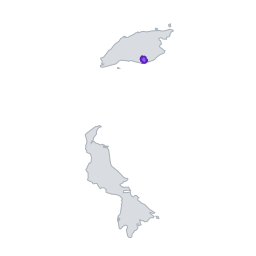 Dungun, Terengganu, Malaysia (highlighted), rotated 97°
{"feature_id": "92858781B15989569853600", "entity_name": "Dungun", "entity_type": "district", "adm_level": 2, "iso_a3": "MYS", "parent_name": "Malaysia", "parent_adm1": "Terengganu", "projection": "natural_earth1", "projection_center": [103.127, 4.682], "detail": "fine", "context": "in_parent", "style": "filled", "palette": "violet", "viewbox_px": 256, "rotation_deg": 97, "n_neighbors": 0, "source": "geoboundaries", "source_scale": "gbopen_adm2", "svg_char_len": 5033}
<svg xmlns="http://www.w3.org/2000/svg" viewBox="0 0 256 256"><g transform="rotate(97 128 128)"><path d="M217.9,127.2L216.5,126.9L214.6,125.5L212.6,125.1L207.0,125.0L206.1,124.6L205.0,125.4L203.1,124.7L201.9,124.8L200.7,125.7L198.9,124.9L198.1,126.1L196.9,126.9L195.7,130.2L195.5,134.1L195.7,136.5L195.1,137.8L194.9,140.5L194.5,141.7L192.9,142.3L192.2,141.9L190.8,143.5L190.4,144.2L190.4,146.9L191.5,147.7L191.5,148.3L189.1,150.5L187.1,151.8L186.8,152.9L187.6,155.2L187.3,156.3L186.2,156.9L185.4,159.9L184.5,161.8L184.1,162.0L182.7,161.4L177.3,162.2L175.8,163.8L174.3,164.8L173.0,163.8L172.4,163.9L167.4,162.2L167.2,160.8L166.7,160.5L161.6,160.6L158.3,162.2L157.2,166.0L155.4,166.3L154.2,167.6L152.0,167.5L150.6,167.9L148.4,167.2L146.3,167.1L139.8,169.6L137.6,167.8L131.2,161.1L130.3,159.9L130.1,157.9L129.4,157.5L129.2,156.9L129.0,156.3L130.0,154.6L131.0,156.8L132.7,158.0L135.4,158.9L138.0,158.6L141.6,160.8L142.8,161.1L144.1,161.0L146.3,162.7L147.7,162.7L145.9,161.6L145.5,160.7L145.7,159.7L146.9,158.3L147.1,156.2L148.0,154.2L148.2,153.2L147.5,152.5L147.4,151.2L147.9,149.4L149.1,150.3L150.1,150.1L150.1,146.9L150.9,145.5L152.1,144.5L164.4,141.3L166.4,140.5L167.8,139.6L172.2,132.7L177.5,126.3L178.2,124.0L178.2,122.4L178.5,122.0L179.0,121.8L180.2,122.6L180.8,123.3L181.9,126.0L182.9,126.1L184.7,128.7L185.1,129.1L185.6,128.9L186.9,127.2L187.3,126.0L187.0,125.8L187.6,124.3L187.1,123.4L186.6,120.2L189.7,117.9L189.7,120.5L190.6,124.4L192.1,124.9L192.9,124.7L192.5,123.5L192.3,121.3L191.9,119.8L190.9,117.9L193.5,117.4L195.5,115.4L195.8,114.1L194.5,113.3L194.0,112.3L194.0,111.3L196.0,108.8L196.2,109.5L197.5,109.7L198.1,109.7L199.0,108.7L199.5,107.3L201.0,105.3L201.9,102.1L205.8,97.1L208.8,91.1L209.5,91.6L209.7,93.2L209.0,96.0L210.4,95.3L212.7,91.3L214.1,92.0L214.0,93.1L214.6,95.1L218.5,97.7L219.1,100.3L218.2,101.2L218.5,103.7L218.2,104.5L216.9,105.2L220.4,104.5L222.5,103.1L223.7,105.5L221.7,106.5L222.2,107.5L224.1,106.9L225.2,106.1L226.4,106.2L228.2,107.2L228.7,107.8L229.1,109.0L230.4,109.4L233.1,111.1L235.5,111.0L236.4,111.9L236.3,114.0L235.0,115.3L230.0,117.0L228.6,117.0L226.8,116.3L225.4,116.7L224.6,118.8L226.1,120.8L228.8,122.9L229.2,123.5L228.6,124.5L222.7,126.2L221.4,126.0L219.2,125.0L217.9,127.2ZM24.8,98.1L25.5,95.1L26.4,95.0L27.3,96.7L30.5,98.0L31.4,97.6L31.9,97.9L32.3,98.3L33.2,100.6L35.2,100.6L35.4,104.3L34.5,105.7L34.4,106.7L35.8,108.4L36.7,108.0L37.4,106.5L40.7,104.9L42.1,106.6L43.3,106.6L44.2,106.0L44.9,104.0L46.2,102.5L46.7,100.7L48.7,101.1L49.4,101.6L51.5,105.5L54.4,108.3L56.5,109.8L57.7,111.3L61.3,118.5L61.7,120.8L61.9,124.3L61.3,129.7L60.7,132.3L60.8,133.6L61.7,135.5L61.4,137.3L61.5,143.0L62.6,145.1L65.7,147.6L70.2,158.5L70.9,161.6L70.5,162.8L69.7,163.1L69.0,162.5L68.6,161.0L67.5,159.8L67.6,162.0L65.7,161.7L64.4,162.0L62.8,163.5L62.0,163.6L60.6,160.8L55.5,157.7L53.7,156.8L51.7,154.4L47.2,151.8L44.4,149.2L43.2,147.6L40.3,146.2L39.0,144.6L37.8,143.7L38.5,142.0L37.9,138.9L35.8,136.1L34.8,134.2L32.9,132.2L31.4,129.8L32.3,129.1L30.8,126.5L30.3,124.6L30.3,121.0L28.7,116.0L27.4,109.0L27.6,106.6L27.3,104.0L24.8,98.1ZM212.8,88.8L212.2,89.5L212.0,87.6L212.9,86.6L214.2,86.4L214.2,88.1L213.9,88.6L212.8,88.8ZM21.8,97.8L22.6,99.2L22.0,99.9L21.6,99.7L20.7,100.4L19.7,99.1L19.6,98.4L20.8,98.5L21.8,97.8ZM149.5,149.7L149.2,149.8L148.7,149.4L148.5,145.5L148.9,145.2L149.4,145.9L149.5,149.7ZM27.3,111.3L26.4,113.1L25.6,112.9L25.8,110.8L26.2,110.6L27.3,111.3ZM221.3,127.0L219.8,127.2L218.7,127.2L218.8,126.2L219.4,126.0L221.3,127.0ZM70.2,145.6L69.4,145.7L69.2,145.2L69.8,143.8L70.2,145.6ZM38.1,142.3L37.5,142.6L37.6,141.8L38.0,141.3L38.1,142.3Z" fill="#d9dde1" stroke="#a8b0b8" stroke-width="1"/><path d="M54.9,120.6L55.0,120.8L55.2,121.0L55.2,121.3L55.3,121.4L55.4,121.6L55.2,121.6L55.2,121.8L55.3,121.9L55.3,122.0L55.2,122.1L54.9,122.3L54.9,122.5L55.0,122.7L55.0,122.8L55.0,123.0L55.3,123.2L55.3,123.3L55.5,123.4L55.8,123.4L56.0,123.5L56.2,123.4L56.3,123.3L56.4,123.2L56.4,123.3L56.5,123.4L56.5,123.5L56.8,123.7L56.8,123.8L56.8,124.0L57.0,124.0L57.1,123.9L57.3,123.8L57.5,123.9L57.8,123.8L57.9,123.7L58.0,123.7L58.2,123.8L58.3,124.0L58.4,123.9L58.5,123.8L58.6,123.7L58.7,123.4L58.8,123.2L59.0,123.1L59.1,123.3L59.2,123.5L59.3,123.6L59.6,123.5L59.8,123.4L59.8,123.2L59.9,122.9L60.0,122.9L60.0,122.7L59.9,122.6L59.9,122.4L60.0,122.2L60.3,122.0L60.4,121.9L60.5,121.7L60.6,121.8L60.8,121.9L61.0,121.8L61.4,121.8L61.7,121.8L61.5,121.2L61.4,121.0L61.5,121.0L61.6,120.9L61.6,120.7L61.6,120.4L61.3,119.6L61.4,119.4L61.5,119.4L61.4,119.0L61.4,118.9L60.9,118.2L60.8,118.3L60.7,118.4L60.6,118.5L60.4,118.5L60.4,118.4L60.3,118.2L60.2,118.2L59.9,118.2L59.7,118.0L59.7,117.9L59.3,117.7L59.2,117.1L59.0,117.3L58.8,117.6L58.7,117.4L58.6,117.2L58.4,117.2L58.4,117.3L58.2,117.3L58.1,117.2L57.9,117.3L57.8,117.5L57.7,117.5L57.6,117.8L57.6,118.0L57.5,118.3L57.4,118.3L57.2,118.4L57.1,118.5L56.9,118.7L56.7,118.6L56.4,118.8L56.2,118.9L56.1,119.0L55.9,118.9L55.7,118.9L55.5,119.0L55.5,119.3L55.5,119.5L55.4,119.8L55.1,120.0L55.0,120.3L55.0,120.5L54.9,120.6Z" fill="#8b5cf6" stroke="#5b21b6" stroke-width="1.5"/></g></svg>